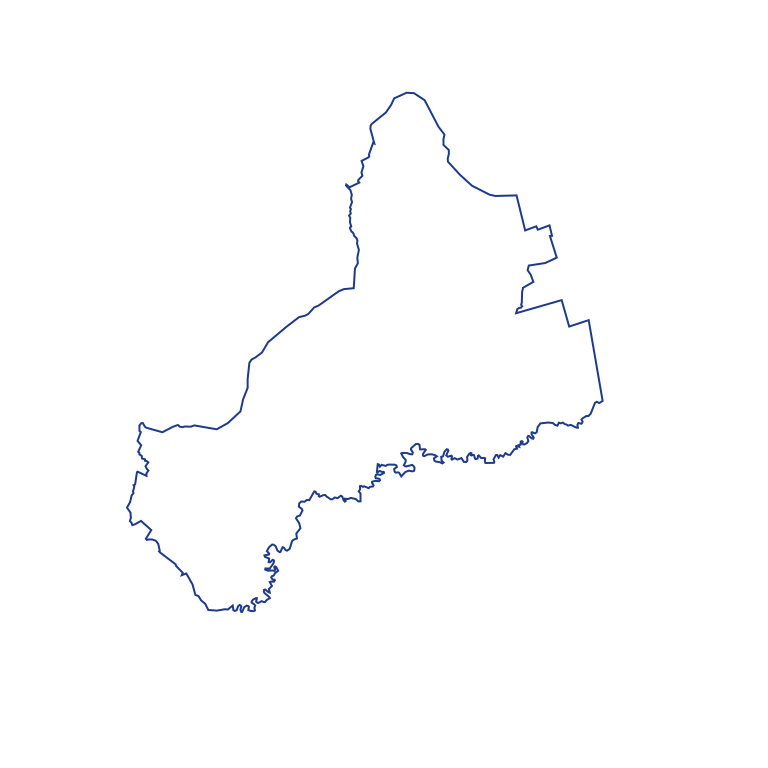 Carand, Arad, Romania, rotated 294°
{"feature_id": "2599482B38117953708036", "entity_name": "Carand", "entity_type": "district", "adm_level": 2, "iso_a3": "ROU", "parent_name": "Romania", "parent_adm1": "Arad", "projection": "albers", "projection_center": [22.035, 46.447], "detail": "fine", "context": "isolated", "style": "outline", "palette": "blue", "viewbox_px": 768, "rotation_deg": 294, "n_neighbors": 0, "source": "geoboundaries", "source_scale": "gbopen_adm2", "svg_char_len": 6154}
<svg xmlns="http://www.w3.org/2000/svg" viewBox="0 0 768 768"><g transform="rotate(294 384 384)"><path d="M457.5,590.6L525.6,545.0L511.8,529.8L532.9,512.2L502.4,475.9L506.6,475.3L508.6,476.7L509.3,478.0L511.2,478.6L512.1,477.1L514.3,476.8L524.4,472.7L528.5,471.9L538.1,478.9L543.5,473.6L546.4,468.9L551.1,468.1L560.1,482.1L569.7,490.4L586.7,475.4L587.7,477.2L596.2,470.7L587.5,461.7L590.0,459.0L581.7,450.5L610.2,428.4L601.1,409.3L599.9,403.6L600.9,383.9L605.9,368.6L613.1,352.0L615.7,350.6L620.8,349.6L624.1,348.0L626.6,341.1L631.9,338.7L636.4,337.8L641.2,329.1L659.8,305.7L661.9,293.0L659.2,286.1L649.1,277.1L642.0,277.0L632.8,275.3L616.6,267.0L614.6,266.7L611.5,267.8L599.7,277.4L599.7,276.0L587.5,276.9L586.0,278.0L584.9,277.8L578.7,272.8L574.5,276.6L568.0,277.4L565.4,279.6L560.2,277.6L558.8,277.8L557.9,279.5L549.7,272.5L550.9,268.4L549.9,268.5L547.5,274.4L543.8,277.6L539.8,278.6L537.2,280.8L531.2,281.2L530.4,282.6L528.1,282.8L526.3,284.3L523.7,283.6L522.1,285.6L517.9,287.1L514.6,290.0L513.2,289.3L512.0,290.0L510.0,292.3L509.8,293.7L508.8,295.2L507.4,296.2L505.9,299.8L504.0,301.5L501.5,302.1L496.3,306.5L488.7,308.2L483.6,311.0L477.7,310.5L459.2,317.4L454.3,308.7L450.4,305.0L429.0,292.3L425.6,289.1L417.3,286.4L414.5,284.3L410.4,279.1L396.2,271.4L375.0,261.1L363.1,259.7L356.2,255.9L352.5,253.1L348.6,252.4L333.1,257.4L325.0,261.0L312.8,261.5L300.6,264.0L284.7,257.2L274.6,249.6L269.0,227.5L266.5,225.0L264.1,219.2L262.7,217.6L261.9,214.5L262.7,213.0L262.4,212.0L259.0,208.5L249.8,201.2L247.4,184.7L247.8,182.9L250.2,179.5L249.6,178.3L246.6,177.4L241.7,179.7L241.1,181.4L231.8,182.0L229.3,187.1L222.1,187.0L221.6,188.5L220.2,189.2L219.8,191.9L217.5,193.3L218.0,196.2L216.7,196.8L217.1,198.4L216.6,200.5L211.8,199.6L210.0,201.9L209.1,204.0L205.8,203.3L203.5,204.4L203.7,194.6L202.9,194.2L191.0,197.5L189.7,196.4L188.7,197.6L183.5,198.5L182.5,199.5L179.5,198.8L172.7,200.1L166.5,199.5L163.4,204.7L158.8,207.2L155.4,207.6L154.5,209.9L152.7,211.5L154.7,213.7L160.1,217.7L155.9,230.8L145.8,229.4L145.1,230.8L146.1,231.9L147.7,235.5L148.0,239.2L146.1,242.8L140.4,247.0L139.6,246.6L139.0,247.9L134.5,267.0L133.1,268.3L129.7,276.9L127.1,277.0L130.5,280.5L123.0,290.6L114.6,297.5L114.8,300.8L111.9,305.0L110.5,310.1L106.1,315.4L109.0,323.5L113.5,330.2L114.4,333.0L120.1,335.9L116.1,338.4L116.0,340.0L117.4,341.4L121.7,341.1L123.4,342.0L123.4,343.2L122.6,344.2L119.5,344.6L117.8,346.2L118.1,347.1L123.3,347.1L125.7,348.8L125.9,350.6L125.5,351.2L122.3,352.0L122.5,354.8L123.5,357.4L124.7,358.2L126.8,356.6L129.1,356.5L129.8,355.3L130.5,352.0L131.6,351.5L133.6,352.0L136.3,354.1L136.6,355.0L133.2,355.7L132.7,356.7L132.8,358.2L135.9,360.6L135.9,362.9L136.4,364.0L138.8,364.6L142.0,366.8L142.7,366.0L144.4,360.0L145.2,358.8L147.0,358.1L147.9,359.0L146.8,363.3L147.0,364.5L150.0,362.2L153.9,363.8L156.6,360.2L157.5,361.1L158.6,363.8L160.3,364.2L160.7,363.6L160.2,362.3L160.4,361.1L161.5,359.6L162.5,359.6L164.3,361.2L166.8,361.3L170.3,363.3L172.8,360.1L173.1,358.6L172.0,358.2L170.1,360.0L168.7,360.1L168.3,358.0L166.2,353.8L166.1,351.0L167.3,350.7L168.9,354.7L174.8,355.9L177.4,355.7L178.2,354.8L178.1,353.8L174.8,352.5L174.3,351.1L177.8,350.1L177.7,345.5L178.8,344.5L181.4,348.2L182.4,348.0L183.7,345.0L188.2,345.4L191.8,347.1L192.3,348.3L191.8,350.9L188.6,354.3L187.9,357.0L188.5,357.7L193.6,357.7L193.8,359.2L192.2,361.6L192.3,363.2L195.0,364.9L203.1,363.9L204.8,364.6L207.5,367.3L211.7,364.7L218.3,366.3L222.5,363.0L225.5,358.2L227.4,358.4L229.7,360.7L235.3,361.0L236.4,359.9L237.3,356.1L240.4,355.1L243.0,356.2L244.1,359.3L246.7,360.6L247.5,363.0L257.6,364.0L257.8,365.2L256.3,366.9L256.7,369.4L255.0,370.0L254.8,371.0L257.7,373.7L258.7,375.4L257.8,377.5L257.0,382.2L257.6,383.6L260.3,385.2L260.8,388.0L264.4,390.0L264.2,391.6L261.2,394.6L260.6,396.1L261.6,396.6L263.4,395.2L264.2,397.8L266.5,400.1L267.4,405.1L266.3,408.4L267.3,410.3L274.5,407.0L275.6,404.6L278.0,405.0L280.9,403.6L281.6,404.7L281.5,406.7L282.5,407.5L282.6,412.4L284.2,412.9L286.0,415.7L287.1,415.7L288.9,413.2L289.9,412.9L291.9,415.3L293.2,419.0L294.5,419.5L295.5,418.4L294.6,414.8L295.6,413.8L297.7,413.6L298.6,414.1L299.4,417.6L302.8,420.2L303.6,419.5L302.8,417.5L302.8,415.4L300.7,414.0L300.7,413.3L308.2,410.9L308.4,412.1L306.8,413.9L309.1,414.7L309.9,418.9L311.6,420.0L312.6,421.7L314.6,426.5L314.7,428.4L313.4,429.5L310.5,427.8L308.2,429.4L307.8,430.8L309.0,432.7L309.1,433.9L306.6,437.4L312.3,439.3L314.9,441.9L315.8,445.6L317.0,446.8L319.7,446.1L320.7,445.1L321.6,442.7L317.7,437.8L317.4,436.7L317.8,435.2L321.9,435.4L323.4,434.7L325.0,431.1L327.6,428.0L328.4,428.6L330.2,432.7L330.6,436.8L331.3,438.4L333.1,438.2L335.1,435.3L336.4,434.9L342.3,437.6L343.1,439.6L342.9,441.1L338.9,443.6L341.1,448.0L340.8,449.0L336.4,448.1L334.9,448.4L334.3,449.3L334.5,450.1L337.6,452.8L339.4,456.8L339.7,459.9L339.4,461.7L336.4,459.8L334.5,461.2L334.2,462.6L335.2,466.5L335.2,469.6L336.5,470.4L337.4,467.8L340.7,465.9L341.9,467.3L346.7,466.8L349.9,467.8L350.1,469.0L349.4,469.9L344.1,469.9L343.5,471.8L346.0,474.8L345.5,475.6L343.0,476.0L342.6,476.9L345.0,478.7L344.9,481.9L347.8,484.8L345.3,488.7L346.3,491.0L348.0,491.3L351.1,489.6L355.0,490.2L356.4,491.3L356.3,492.0L354.3,492.3L354.3,493.1L355.5,494.1L355.6,495.2L352.9,497.4L352.7,498.5L353.9,499.8L356.5,499.1L357.3,499.6L355.9,502.8L357.3,505.8L357.2,506.7L354.5,507.5L353.1,508.8L356.7,516.5L357.7,516.5L359.8,514.7L364.5,515.1L365.2,516.2L363.4,518.7L366.3,519.1L366.1,522.4L370.3,523.1L369.8,526.1L370.6,528.1L377.4,529.6L379.1,531.8L380.6,530.1L381.2,530.1L381.6,533.0L382.8,531.8L383.9,533.4L387.1,532.3L387.9,533.2L387.8,534.0L385.7,534.7L385.4,535.5L386.0,537.0L388.3,538.7L390.6,539.1L393.4,536.7L394.8,536.7L395.5,537.5L394.4,541.0L394.7,542.6L395.9,542.6L398.1,539.3L399.8,538.5L400.2,539.0L400.4,542.1L402.1,543.1L407.1,541.9L411.6,542.9L415.5,549.5L417.0,554.0L416.2,556.8L416.5,559.4L419.8,559.5L420.0,561.5L421.5,563.1L420.9,565.4L421.2,567.3L420.8,569.0L422.6,571.2L422.4,577.6L422.9,578.9L425.4,577.3L427.4,577.4L428.0,580.5L429.1,580.8L430.4,580.8L431.7,578.9L433.1,579.2L437.0,581.8L437.8,583.7L440.9,584.9L452.6,584.4L454.3,585.6L454.1,588.4L457.5,590.6Z" fill="none" stroke="#1e3a8a" stroke-width="2"/></g></svg>